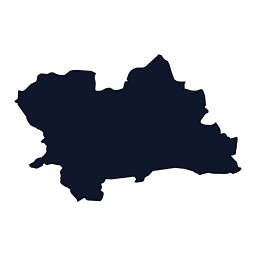 map outline of Žilinský (Natural Earth projection)
{"feature_id": "SVK-1053", "entity_name": "Žilinský", "entity_type": "Region", "adm_level": 1, "iso_a3": "SVK", "parent_name": "Slovakia", "parent_adm1": "", "projection": "natural_earth1", "projection_center": [19.144, 49.173], "detail": "fine", "context": "isolated", "style": "filled", "palette": "ink", "viewbox_px": 256, "rotation_deg": 0, "n_neighbors": 0, "source": "natural_earth", "source_scale": "10m", "svg_char_len": 4691}
<svg xmlns="http://www.w3.org/2000/svg" viewBox="0 0 256 256"><path d="M159.1,55.2L159.8,55.4L161.0,55.8L163.2,59.1L164.2,60.0L167.3,61.7L168.9,65.1L171.4,73.6L173.5,79.0L174.2,80.2L176.5,81.7L179.3,82.3L184.6,82.4L184.0,83.4L183.8,84.4L183.9,87.0L183.6,89.0L191.2,91.2L194.1,91.5L196.8,91.3L201.2,89.8L202.4,90.5L202.5,90.6L203.7,93.8L204.4,96.6L205.2,104.8L205.0,105.5L204.0,106.8L203.9,107.5L204.4,108.1L206.2,109.2L206.4,109.6L206.5,109.6L207.5,110.5L207.8,111.3L207.5,112.3L206.7,112.6L205.8,112.8L205.2,113.2L200.2,120.1L199.7,122.3L201.4,124.3L204.8,125.4L210.9,125.7L213.9,124.8L215.7,123.2L215.9,123.7L218.7,127.7L219.4,129.1L219.9,130.7L219.9,132.8L220.1,133.8L220.7,134.8L221.2,135.0L221.5,134.9L221.8,134.6L222.2,134.2L222.8,133.9L223.7,133.8L224.6,134.0L225.4,134.6L226.0,135.5L226.9,137.2L227.4,137.8L227.8,137.9L228.1,137.6L228.5,137.5L228.9,137.7L229.3,138.3L229.7,138.8L230.1,139.1L230.6,139.1L233.2,138.7L235.1,138.0L235.8,137.8L236.5,137.7L236.8,138.4L236.9,139.8L236.1,144.8L236.1,146.6L235.9,148.1L235.3,150.5L235.2,152.6L235.0,153.7L234.5,154.1L233.6,154.2L232.1,154.8L231.4,154.8L230.5,154.7L230.0,154.8L229.9,155.2L230.0,156.0L234.6,160.9L235.4,161.6L236.0,162.3L236.5,163.1L236.7,164.6L237.2,166.3L237.5,166.9L237.8,167.4L238.2,167.8L238.9,168.0L240.3,168.2L240.6,168.6L240.4,169.3L238.9,170.6L237.5,171.5L232.9,173.2L231.2,172.1L230.6,172.0L229.9,172.0L227.6,173.0L226.0,173.1L225.6,173.2L212.9,173.0L209.1,172.1L207.9,172.1L201.8,173.6L200.2,174.3L199.7,174.3L199.2,174.2L198.5,173.6L198.1,173.2L197.7,172.9L197.2,172.7L195.9,172.4L195.4,172.2L194.7,171.5L193.7,170.8L185.1,168.2L175.0,167.1L152.6,170.3L148.2,174.9L145.4,176.3L144.0,177.9L143.7,178.5L143.6,179.6L143.4,180.0L143.2,180.2L143.0,180.5L142.3,181.0L141.5,181.2L136.1,181.9L135.7,181.9L135.4,181.7L135.8,181.0L135.9,180.8L136.1,180.7L136.6,180.7L136.7,180.2L136.7,179.6L136.5,178.2L136.2,177.6L135.9,177.2L135.5,177.0L135.2,176.8L135.0,176.2L134.8,175.9L133.8,175.9L111.7,178.6L105.4,178.3L103.9,181.3L103.5,181.7L102.8,182.3L100.6,183.2L100.3,183.6L100.4,184.2L101.1,186.3L101.2,187.3L101.1,188.0L100.6,188.7L100.2,189.0L100.0,189.6L100.1,190.3L100.9,191.5L102.7,192.9L102.9,193.1L102.9,193.7L102.9,194.5L102.4,196.5L102.1,197.5L100.3,200.4L89.0,199.8L86.7,199.3L86.6,199.1L86.3,198.6L86.1,198.4L85.9,198.2L85.7,198.0L85.6,197.6L85.5,197.3L85.2,197.0L83.6,197.4L77.9,200.8L77.5,199.2L77.1,198.7L72.6,193.9L71.7,192.7L71.2,191.8L70.8,190.6L70.8,190.1L70.9,189.7L71.2,189.3L71.1,189.2L70.7,188.9L70.0,188.5L67.9,186.8L67.3,186.7L67.0,186.6L66.5,186.3L66.1,186.1L65.5,186.0L65.2,185.9L64.9,185.7L61.8,183.4L61.3,182.7L61.0,182.2L61.0,181.2L61.2,180.1L61.2,179.7L61.2,179.3L61.0,178.5L61.0,178.0L61.1,177.6L61.4,176.6L61.5,175.9L61.4,175.0L60.7,172.4L60.6,171.8L60.8,171.4L61.2,171.0L61.4,170.6L61.5,170.2L61.7,169.7L61.9,169.6L62.1,169.4L62.4,169.2L62.8,168.9L63.0,168.6L63.7,168.1L61.0,165.2L60.5,164.9L59.8,164.5L57.2,164.3L51.7,163.1L47.4,164.2L46.1,164.1L45.8,163.8L45.0,162.4L44.7,162.2L44.3,162.2L42.6,163.7L42.4,164.0L42.3,164.3L42.3,164.6L41.8,165.2L40.9,165.9L37.3,167.7L36.3,167.8L35.8,167.8L34.0,167.2L31.5,166.9L30.4,166.1L29.7,164.8L33.6,162.8L34.1,162.4L34.9,161.8L36.1,159.9L36.9,159.3L37.8,158.9L41.8,157.9L43.0,157.1L44.6,155.5L46.3,153.4L47.0,152.3L47.3,151.3L46.9,149.1L46.9,148.7L47.1,148.4L47.3,147.9L47.3,147.6L47.3,147.4L47.2,147.1L47.2,146.9L47.3,146.6L47.5,145.9L47.5,145.6L47.5,145.3L47.3,145.1L47.1,144.9L46.9,144.8L46.3,144.5L46.2,144.4L46.0,144.2L45.6,143.4L45.4,143.1L45.1,142.9L44.8,142.6L44.5,142.5L42.6,142.0L42.1,142.0L41.9,141.9L41.7,141.6L42.2,141.0L45.8,137.8L44.2,135.7L44.0,135.3L43.9,134.7L44.0,134.0L43.9,132.8L43.6,131.9L42.5,130.7L41.8,130.2L39.3,128.8L38.6,128.7L38.1,128.5L37.5,128.2L35.9,126.9L35.5,126.7L35.1,126.6L34.7,126.6L31.3,124.8L30.6,124.2L29.8,123.3L28.2,120.8L28.0,120.4L27.9,120.0L27.8,119.6L27.1,118.5L27.0,118.2L27.3,117.6L27.3,117.3L27.1,116.9L26.8,116.3L18.7,104.9L18.5,104.6L18.4,104.3L18.4,104.0L18.4,102.7L16.0,102.0L15.4,101.2L18.5,99.2L18.8,93.2L18.9,91.1L22.7,91.9L25.7,90.2L31.4,84.5L35.8,82.5L36.9,81.6L37.5,80.1L37.9,76.9L38.6,75.5L41.3,74.1L47.2,74.8L51.0,73.1L51.9,73.0L52.8,73.1L57.2,75.0L61.0,75.9L64.7,75.8L70.2,71.6L72.7,70.8L78.1,70.7L91.2,71.7L95.1,73.6L93.9,76.5L94.1,78.9L94.7,81.2L95.0,83.7L94.5,89.3L95.2,91.2L97.8,91.6L101.2,91.4L106.3,88.9L109.2,88.4L110.4,88.7L113.1,90.3L114.4,90.8L115.7,90.9L119.1,90.4L123.2,89.0L124.1,87.6L124.5,85.5L125.4,82.2L125.8,82.2L127.4,82.1L128.0,81.8L128.3,80.6L128.1,79.8L127.6,79.3L127.4,79.1L129.5,73.6L131.3,71.2L133.3,69.7L135.4,68.8L138.0,68.3L142.1,68.4L143.5,68.2L145.3,67.5L146.3,66.8L157.8,56.3L158.3,55.4L159.1,55.2Z" fill="#0f172a" stroke="#020617" stroke-width="1.5"/></svg>